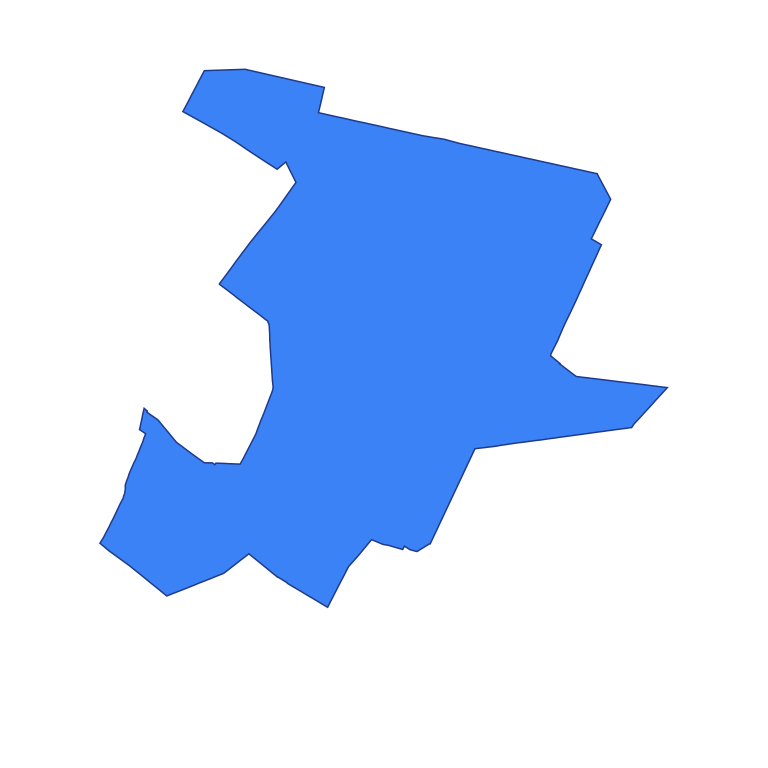 Nextlalpan, México, Mexico, rotated 287°
{"feature_id": "50627088B68991694125409", "entity_name": "Nextlalpan", "entity_type": "district", "adm_level": 2, "iso_a3": "MEX", "parent_name": "Mexico", "parent_adm1": "México", "projection": "orthographic", "projection_center": [-99.078, 19.726], "detail": "fine", "context": "isolated", "style": "filled", "palette": "blue", "viewbox_px": 768, "rotation_deg": 287, "n_neighbors": 0, "source": "geoboundaries", "source_scale": "gbopen_adm2", "svg_char_len": 5703}
<svg xmlns="http://www.w3.org/2000/svg" viewBox="0 0 768 768"><g transform="rotate(287 384 384)"><path d="M154.0,395.4L157.0,395.9L164.4,397.2L170.0,398.2L175.6,399.2L181.2,400.2L186.9,401.3L192.5,402.3L198.1,403.3L199.3,403.6L204.9,406.2L211.7,409.3L212.4,409.6L213.3,410.0L214.3,410.4L221.0,413.2L227.7,416.0L231.5,417.7L230.9,423.9L230.3,430.2L230.5,431.5L231.0,435.1L231.1,442.7L231.2,450.3L234.9,450.9L233.2,457.1L233.3,462.5L233.5,464.7L234.7,465.7L238.5,469.0L244.2,474.0L244.6,474.9L250.0,475.7L348.7,489.9L353.4,500.6L355.8,506.0L357.0,508.7L357.6,510.0L359.2,513.0L360.0,514.6L361.6,518.2L362.5,519.9L364.6,524.4L366.9,529.2L368.7,533.4L369.7,535.6L372.9,542.5L373.8,544.5L376.8,551.3L378.0,553.8L379.3,556.5L379.8,557.6L382.0,562.5L383.9,566.5L386.7,572.5L389.8,579.3L391.3,582.5L393.8,588.0L395.5,591.6L396.0,592.8L397.7,596.4L400.1,601.5L403.3,608.6L404.0,610.0L404.7,611.5L406.5,615.5L408.6,620.0L409.8,622.7L411.7,626.9L412.8,629.4L413.1,629.9L414.4,632.7L414.7,633.5L415.3,633.7L415.5,633.8L419.2,634.9L421.5,636.1L426.7,638.6L432.0,641.1L437.2,643.6L442.4,646.1L447.7,648.5L452.9,651.0L458.1,653.5L463.4,656.0L462.4,650.5L461.5,645.0L460.5,639.5L459.6,634.1L458.6,628.4L457.6,622.7L456.5,617.0L455.5,611.3L454.5,605.7L453.5,600.0L452.5,594.3L451.5,588.6L450.5,582.9L450.0,580.5L449.5,577.2L448.5,572.0L447.6,566.8L447.5,566.1L447.5,565.4L449.6,559.5L451.8,553.6L453.0,550.4L454.0,547.7L454.6,546.1L455.0,546.4L459.3,536.0L459.5,535.4L461.2,534.8L467.6,535.9L476.2,537.4L481.5,537.9L486.9,538.5L492.3,539.1L498.4,540.0L504.5,541.0L510.6,541.9L516.8,542.8L522.5,543.6L528.3,544.3L534.1,545.1L539.8,545.8L540.0,545.8L545.8,546.6L551.6,547.4L557.4,548.1L563.2,548.9L569.0,549.7L574.9,550.4L580.7,551.2L582.1,545.5L583.4,539.8L588.9,540.7L594.3,541.6L599.7,542.4L605.2,543.3L610.6,544.2L616.0,545.1L621.5,545.9L626.9,546.8L630.9,542.8L634.9,538.8L639.0,534.7L643.0,530.7L647.0,526.7L647.5,526.5L647.0,521.1L646.6,515.7L646.2,510.3L645.7,504.9L645.3,499.5L644.9,494.1L644.4,488.7L644.0,483.4L643.6,478.0L643.1,472.6L642.7,467.2L642.3,461.8L641.8,456.4L641.4,451.0L641.0,445.6L640.5,440.2L640.1,434.8L639.7,429.4L639.2,424.0L638.8,418.6L638.4,413.2L637.9,407.8L637.5,402.4L637.1,397.0L636.6,391.6L636.2,386.2L635.9,378.5L635.7,370.7L635.6,369.6L634.9,364.2L634.1,358.8L633.4,353.4L632.7,348.0L632.3,342.4L631.8,336.8L631.4,331.2L630.9,325.6L630.5,320.0L630.0,314.4L629.6,308.8L629.2,303.2L628.7,297.6L628.3,292.0L627.7,285.2L627.1,278.5L626.4,268.1L625.8,261.6L625.3,255.0L624.8,248.5L624.3,242.0L630.8,241.6L637.2,241.2L643.7,240.7L650.2,240.3L649.8,234.8L649.4,229.2L649.0,223.7L648.6,218.2L648.2,212.6L647.8,207.1L647.4,201.5L647.0,196.0L646.6,190.5L646.2,184.9L645.8,179.4L645.4,173.8L645.0,168.3L644.6,162.8L644.4,159.3L642.5,153.8L640.6,148.2L638.7,142.7L636.8,137.2L634.9,131.6L633.0,126.1L631.1,120.6L625.4,119.5L619.7,118.4L614.1,117.4L608.4,116.3L602.7,115.2L597.0,114.2L591.3,113.1L585.7,112.0L584.2,119.2L582.7,126.3L581.5,131.9L580.3,137.5L579.1,143.0L577.9,148.6L576.7,154.2L575.2,160.0L573.7,165.8L572.1,171.7L570.4,177.2L568.7,182.6L567.0,188.1L565.5,193.3L564.0,198.4L562.5,203.6L561.0,208.7L559.6,213.9L558.1,219.0L562.9,222.1L567.6,225.2L563.5,229.1L559.3,233.0L555.2,237.0L551.0,240.9L546.7,239.4L541.2,237.6L535.8,235.8L530.3,234.0L524.8,232.2L515.7,229.0L510.4,226.8L505.0,224.7L499.2,222.3L493.4,219.9L490.5,218.7L489.6,218.4L488.9,218.1L486.6,217.2L478.6,214.0L478.2,213.9L476.8,213.4L471.2,211.4L468.0,210.1L464.3,208.9L461.9,208.0L458.4,206.7L450.7,204.1L443.9,201.7L437.2,199.3L433.0,197.8L431.7,197.3L431.4,197.4L431.3,197.6L430.7,199.0L428.3,205.7L425.8,212.4L425.2,214.1L423.0,219.4L422.6,220.7L420.4,226.7L418.1,232.7L418.1,232.8L416.6,237.0L416.1,238.3L413.8,244.7L411.0,251.8L410.4,254.0L407.7,256.3L406.8,256.8L406.6,256.9L405.6,257.4L401.4,258.9L400.0,259.5L396.1,260.8L393.0,261.8L388.8,263.4L385.4,264.6L374.9,268.6L361.8,273.6L357.3,275.3L354.6,276.3L351.2,277.8L348.8,278.8L345.9,279.3L342.8,279.2L342.5,279.2L340.2,279.0L337.7,278.8L329.1,278.2L321.4,277.7L319.5,277.5L318.0,277.4L312.7,276.8L311.3,276.8L305.7,276.4L304.3,276.3L299.2,276.1L296.5,275.7L291.1,274.7L288.4,274.2L282.3,273.1L276.2,272.0L270.1,270.9L269.8,270.8L265.3,269.8L263.9,264.5L262.5,259.2L261.2,253.9L259.8,248.6L259.2,246.4L257.4,245.8L258.4,242.9L257.9,241.2L256.1,235.3L257.5,231.1L258.5,228.1L258.6,227.8L260.7,221.6L262.1,217.8L263.7,213.3L264.3,211.6L264.5,211.2L266.0,206.9L267.4,202.9L267.5,202.8L267.5,202.7L270.6,197.9L273.8,193.2L279.2,184.9L281.0,182.2L283.6,178.3L285.4,172.7L286.8,168.3L287.3,167.0L287.9,165.3L288.9,165.6L290.6,161.7L285.2,162.1L279.8,162.6L274.4,163.1L268.9,163.5L266.8,170.5L265.4,170.5L261.8,170.2L257.3,170.2L254.3,169.8L251.1,169.5L248.0,169.3L243.6,168.9L239.7,168.6L235.9,167.9L231.0,167.3L223.3,166.5L219.7,166.5L216.3,166.2L213.9,166.2L212.0,166.1L210.4,166.5L208.5,167.2L208.1,167.3L205.4,167.7L202.8,168.0L200.6,167.7L199.0,168.0L192.2,166.7L186.7,165.9L181.0,165.1L175.1,164.2L171.8,163.5L167.3,162.9L164.2,162.3L161.1,161.7L155.1,160.6L148.7,158.9L144.0,169.9L141.3,177.8L139.4,183.3L137.5,188.8L135.6,194.3L133.4,199.6L131.3,205.0L129.1,210.4L126.9,215.7L124.7,221.1L122.6,226.5L120.4,231.8L118.2,237.2L117.8,238.3L122.7,244.3L123.2,245.1L126.5,249.2L129.8,253.4L133.1,257.5L136.4,261.6L139.8,265.7L143.1,269.9L146.4,274.0L149.7,278.1L153.0,282.2L156.1,286.1L160.5,289.2L164.8,292.2L169.1,295.3L173.5,298.3L177.8,301.4L182.1,304.4L180.1,309.3L178.1,314.3L176.1,319.2L174.1,324.1L172.1,329.0L170.1,333.9L168.1,338.8L168.3,339.2L165.8,348.8L165.7,349.3L165.3,349.7L165.1,349.9L163.8,355.3L162.5,360.6L161.2,366.0L159.7,371.9L158.3,377.8L156.9,383.6L155.4,389.5L154.0,395.4Z" fill="#3b82f6" stroke="#1e3a8a" stroke-width="1.5"/></g></svg>